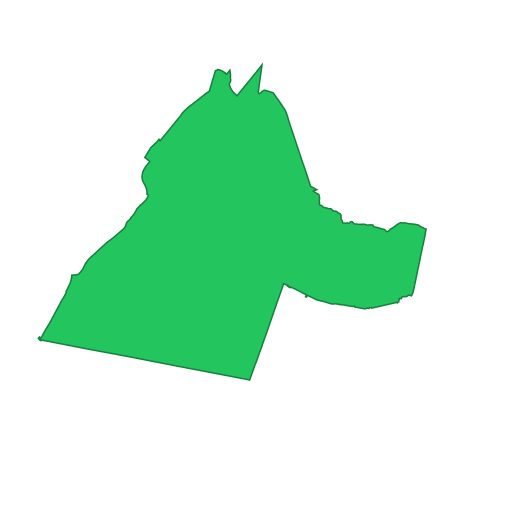 outline of Dongen, Noord-Brabant, Netherlands, rotated 117°
{"feature_id": "6326949B71586177807215", "entity_name": "Dongen", "entity_type": "district", "adm_level": 2, "iso_a3": "NLD", "parent_name": "Netherlands", "parent_adm1": "Noord-Brabant", "projection": "equal_earth", "projection_center": [4.948, 51.643], "detail": "fine", "context": "isolated", "style": "filled", "palette": "green", "viewbox_px": 512, "rotation_deg": 117, "n_neighbors": 0, "source": "geoboundaries", "source_scale": "gbopen_adm2", "svg_char_len": 6057}
<svg xmlns="http://www.w3.org/2000/svg" viewBox="0 0 512 512"><g transform="rotate(117 256 256)"><path d="M429.0,409.1L428.3,409.1L428.1,408.6L428.1,408.2L427.1,404.9L421.8,386.4L417.5,371.5L417.2,370.4L415.6,364.8L411.8,351.8L408.5,340.8L408.6,340.7L407.9,338.8L407.1,336.3L406.3,333.3L403.5,323.8L402.3,319.8L400.0,311.5L399.0,308.2L398.6,306.7L397.5,302.9L397.2,301.5L395.9,297.3L393.2,287.8L391.2,281.0L389.8,275.9L389.2,273.8L388.3,271.0L387.6,268.3L384.8,258.9L383.2,253.2L382.2,250.0L379.4,240.1L378.3,236.3L377.9,235.2L377.8,234.9L377.1,232.1L376.8,231.3L376.5,230.1L375.4,226.4L374.6,223.7L372.6,216.7L371.8,213.9L371.1,211.6L370.5,209.6L369.5,205.8L369.5,205.4L359.1,206.7L352.2,207.6L351.6,207.5L340.5,209.0L338.6,209.2L332.7,209.9L332.7,210.0L320.8,211.5L300.9,214.3L298.7,214.6L285.9,216.4L282.1,216.9L270.8,218.4L268.1,218.8L268.0,217.3L268.0,216.1L267.9,215.1L268.0,214.8L267.8,214.8L267.8,214.2L268.5,214.2L268.4,213.2L268.2,212.3L268.8,212.2L268.6,211.1L268.0,211.2L267.8,207.8L267.7,207.0L267.7,205.2L267.7,199.7L267.8,197.6L267.7,194.4L267.9,193.6L269.8,193.4L269.7,192.4L267.9,192.5L267.7,190.5L267.6,188.9L267.6,188.6L267.5,184.6L267.6,183.8L267.6,183.4L267.5,182.2L266.9,179.1L266.8,178.4L266.3,176.9L266.2,176.7L265.8,174.8L264.8,168.9L264.5,167.3L264.3,166.7L263.9,165.8L262.4,163.3L262.1,162.4L260.9,158.3L260.9,158.1L260.6,158.1L260.4,157.6L259.8,155.6L257.3,147.3L256.1,145.5L256.6,144.8L254.4,137.5L254.1,136.5L253.7,134.9L252.2,133.8L251.9,133.2L251.6,132.5L251.5,131.5L250.4,131.3L250.4,131.2L249.7,129.8L249.9,129.2L234.7,111.0L234.5,110.9L234.5,110.7L233.4,109.4L233.6,109.0L233.1,109.1L232.2,108.0L228.8,108.9L228.0,107.1L226.4,107.5L225.2,106.1L224.0,103.6L221.3,101.9L221.0,99.4L218.7,99.4L216.6,99.7L213.4,100.5L205.2,102.7L199.0,104.4L188.8,107.2L185.9,108.0L184.6,108.3L182.7,108.9L176.1,110.7L172.8,111.6L171.8,111.9L171.1,112.0L165.5,113.5L158.6,115.4L158.2,115.7L154.8,116.6L155.0,117.9L155.0,119.0L154.9,120.0L155.1,121.5L154.9,124.1L154.6,125.2L154.9,126.3L155.2,127.5L155.6,128.9L156.1,130.2L157.9,134.6L158.8,138.3L159.4,139.2L159.7,140.0L160.3,141.0L160.7,142.3L162.2,143.5L164.7,144.9L167.4,146.1L169.6,147.5L170.9,148.4L172.9,148.9L174.4,149.8L175.0,150.9L174.5,152.2L174.1,153.1L174.1,153.8L174.5,155.4L175.0,158.1L175.3,159.8L175.5,160.9L176.2,163.2L176.3,163.5L176.3,164.4L175.4,165.9L175.4,166.4L176.5,168.6L177.2,169.7L177.6,170.2L177.9,170.6L178.0,171.0L178.2,172.6L178.4,173.3L178.8,174.6L180.4,177.3L181.3,179.3L181.8,180.7L182.6,182.4L182.6,182.9L182.6,183.4L182.5,183.9L182.1,184.6L182.0,185.2L181.8,185.8L182.1,186.7L182.6,187.1L183.0,187.4L184.8,188.1L185.0,188.4L185.0,188.8L185.0,189.2L185.0,189.6L185.9,190.7L186.2,191.3L186.4,191.8L186.7,192.6L187.0,193.5L187.0,193.8L186.9,194.1L186.7,194.4L186.4,194.5L185.9,194.8L185.5,195.1L185.3,195.5L185.2,195.7L185.1,196.0L184.9,196.4L184.6,196.8L183.8,197.3L183.2,197.7L181.5,198.5L181.0,198.9L180.6,199.5L180.3,200.1L180.2,200.6L180.2,201.1L180.3,201.6L180.3,201.9L180.3,202.2L180.0,202.7L180.0,203.2L179.9,203.6L179.8,204.1L179.8,204.7L179.8,205.1L180.1,205.6L180.2,206.2L180.6,206.8L180.7,207.4L180.7,208.4L180.3,209.3L180.1,209.7L179.9,210.7L180.1,211.2L180.7,212.3L180.8,212.7L181.0,213.7L181.1,214.4L181.5,216.2L181.6,216.7L181.9,217.2L181.9,218.1L181.3,220.5L181.3,221.1L181.5,221.6L181.5,222.4L181.4,222.7L181.3,222.8L180.7,223.1L179.2,223.9L178.3,224.5L177.9,224.7L177.4,224.9L176.8,225.1L175.5,225.6L175.2,225.8L175.0,226.0L174.4,226.7L174.1,226.9L173.3,227.3L173.1,227.4L173.0,227.5L172.8,227.9L172.7,228.2L172.7,228.6L172.6,229.2L172.6,231.7L172.5,232.3L172.5,232.8L172.3,233.5L172.1,234.4L171.8,234.2L169.3,231.9L169.3,233.3L169.3,234.4L169.1,236.1L169.2,237.6L169.0,238.9L169.0,239.1L161.3,246.8L154.9,253.3L152.9,255.4L150.8,257.7L147.0,261.5L144.3,264.2L139.5,269.1L132.9,275.8L130.8,277.9L127.2,281.6L123.8,285.1L121.6,287.2L119.7,289.1L117.5,291.1L113.7,295.1L112.6,296.6L111.7,298.2L106.4,307.7L106.1,308.5L105.9,309.0L104.6,311.4L103.2,314.0L102.9,314.6L102.8,314.8L102.8,315.0L102.9,315.4L103.9,321.3L104.2,322.8L104.4,323.6L104.6,323.9L104.8,324.2L105.0,324.4L105.4,324.6L106.3,325.0L107.1,325.4L110.0,326.5L109.0,328.5L107.0,329.0L104.6,329.9L99.3,331.8L82.9,337.4L92.2,339.3L103.1,341.6L106.6,342.4L121.9,345.7L121.4,347.2L120.9,348.9L120.1,351.2L119.7,351.9L119.3,352.8L118.7,353.8L118.1,354.5L117.8,354.9L116.5,356.4L115.0,357.9L112.5,357.9L111.2,358.2L110.4,358.6L110.0,358.9L109.6,359.2L108.9,359.6L108.3,359.9L107.8,360.2L107.4,360.3L106.0,361.1L105.4,361.5L102.3,363.6L104.1,364.0L107.3,364.7L107.2,365.3L107.1,367.0L106.6,366.9L106.7,368.5L106.7,368.8L106.5,369.5L106.5,370.0L106.5,371.0L106.6,372.0L106.7,373.0L107.0,374.1L107.3,375.1L107.9,375.0L108.2,374.9L108.3,375.0L109.2,376.3L130.6,372.4L133.1,374.0L151.0,382.3L152.5,383.1L154.4,384.0L157.1,384.9L159.5,385.8L160.2,386.0L161.3,386.3L163.2,386.7L164.3,386.9L165.3,386.9L180.5,390.2L183.3,390.8L197.0,393.8L196.1,395.4L198.8,396.0L207.4,399.0L218.7,399.8L219.9,393.5L226.5,394.9L229.0,395.1L231.4,395.1L232.6,395.0L233.4,394.8L234.9,394.4L237.1,393.6L239.0,392.4L240.3,391.3L242.9,387.8L243.5,386.8L245.3,384.7L245.8,384.3L246.4,383.6L247.1,383.1L247.4,382.8L248.1,382.4L249.1,381.9L249.5,381.7L250.4,381.3L250.5,381.2L250.4,380.9L250.3,380.6L251.0,379.3L251.9,379.3L256.2,379.5L257.9,380.1L258.6,380.3L259.9,380.7L262.0,381.4L262.3,381.8L262.8,382.0L266.2,383.0L268.0,383.5L271.0,383.5L273.4,383.6L274.1,383.7L278.1,384.7L279.3,384.9L280.8,385.0L282.6,385.8L283.3,386.0L284.4,386.4L284.7,386.4L285.7,386.3L286.2,386.3L286.6,386.2L288.5,385.8L288.9,385.8L290.1,386.0L290.7,385.9L291.7,386.2L298.0,388.8L304.6,391.5L311.0,394.7L312.8,395.4L314.3,396.0L318.8,397.7L333.4,403.1L335.2,403.7L336.0,403.9L337.0,404.0L338.2,404.2L339.5,404.2L339.5,404.5L346.6,404.4L352.6,405.7L354.4,407.5L356.6,411.4L360.0,410.2L363.6,409.4L364.3,409.3L366.3,409.2L374.0,409.1L374.5,408.5L380.9,408.6L382.1,408.9L402.9,409.3L409.1,409.4L418.5,410.1L425.3,410.3L427.2,410.5L426.4,412.1L428.1,412.6L429.1,410.6L429.0,409.1Z" fill="#22c55e" stroke="#15803d" stroke-width="1.5"/></g></svg>